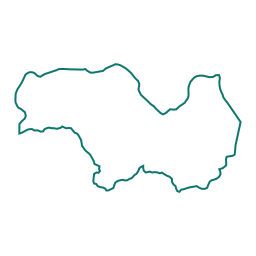 Igarapava, São Paulo, Brazil
{"feature_id": "56859067B81849499213917", "entity_name": "Igarapava", "entity_type": "district", "adm_level": 2, "iso_a3": "BRA", "parent_name": "Brazil", "parent_adm1": "São Paulo", "projection": "robinson", "projection_center": [-47.694, -20.068], "detail": "fine", "context": "isolated", "style": "outline", "palette": "teal", "viewbox_px": 256, "rotation_deg": 0, "n_neighbors": 0, "source": "geoboundaries", "source_scale": "gbopen_adm2", "svg_char_len": 2511}
<svg xmlns="http://www.w3.org/2000/svg" viewBox="0 0 256 256"><path d="M85.3,69.0L83.0,69.6L69.4,69.3L64.1,69.0L61.7,69.0L58.7,69.1L56.5,70.2L44.7,74.1L40.2,76.8L37.6,76.0L34.6,73.2L32.8,72.4L30.3,72.1L27.8,72.9L25.5,74.6L22.2,81.8L19.2,86.7L17.7,88.8L16.0,92.7L15.6,94.8L15.4,99.9L15.6,102.6L17.2,106.0L18.3,107.7L20.8,108.9L24.9,112.2L25.8,115.8L24.9,118.4L21.9,121.1L19.4,124.1L19.4,128.6L19.3,133.5L21.7,132.8L24.0,131.6L27.2,129.8L29.0,129.3L31.8,129.0L34.4,130.5L37.7,130.3L40.5,131.6L43.2,131.4L44.4,129.3L46.4,128.3L49.0,127.6L51.5,128.2L53.8,128.2L57.0,128.8L60.5,127.9L62.2,126.5L64.3,127.5L66.5,128.3L68.7,127.9L71.0,128.2L72.5,130.1L74.8,132.8L77.3,133.7L78.8,135.9L80.1,138.2L81.1,140.2L81.6,142.9L82.1,146.0L83.6,148.0L85.1,150.2L87.1,152.0L88.9,153.4L90.3,154.9L91.7,157.4L93.0,159.7L93.9,161.5L94.5,164.0L97.3,165.3L99.5,166.3L99.0,169.0L100.0,170.9L98.5,172.8L96.6,172.5L94.1,173.9L93.3,181.1L94.1,183.5L96.2,184.0L97.7,186.1L99.9,187.0L103.2,187.6L105.3,188.7L106.4,190.5L108.5,190.4L111.3,189.0L113.4,188.0L114.1,185.5L115.3,182.7L117.6,181.0L120.8,180.1L123.3,179.8L125.0,180.5L127.4,180.2L129.4,178.9L131.7,178.2L133.0,176.7L134.7,174.9L136.5,173.8L138.3,171.0L139.2,168.5L140.7,167.1L143.2,165.9L143.2,168.2L143.8,170.7L145.7,172.5L149.8,171.6L152.1,172.5L154.7,172.1L157.6,172.5L160.0,173.3L161.8,172.6L164.5,174.3L166.9,175.7L169.5,176.7L171.9,178.8L172.1,182.2L173.7,184.6L175.5,186.1L176.1,188.5L177.3,191.1L179.4,191.8L181.3,189.6L183.6,189.3L186.4,188.3L189.5,187.4L193.1,186.8L196.7,186.1L199.0,187.6L201.7,188.8L205.0,188.8L207.2,187.8L208.2,185.0L209.7,181.7L211.7,180.2L213.6,179.8L216.4,178.8L219.2,176.7L220.5,174.3L220.3,171.6L219.3,169.2L222.5,168.3L224.5,166.8L226.2,165.3L226.2,162.5L226.0,159.7L226.6,156.8L228.5,156.4L232.3,155.9L234.6,154.7L235.1,150.8L235.5,145.5L240.6,122.0L227.8,103.3L225.7,100.7L224.3,98.7L223.2,97.0L222.7,94.8L221.1,91.6L220.1,88.6L219.6,86.1L219.3,82.8L219.5,80.6L219.9,77.9L219.0,75.1L215.9,75.2L213.1,76.9L209.6,77.2L203.2,75.7L199.7,75.6L196.8,76.2L194.7,77.2L192.8,79.0L190.4,82.0L189.4,84.6L188.5,87.4L188.4,89.7L188.6,94.9L188.0,97.9L184.7,102.8L181.8,104.8L179.4,106.4L176.2,109.4L173.7,109.6L170.0,109.3L165.7,113.2L162.9,114.3L160.5,113.0L155.6,108.4L154.0,106.4L150.8,104.2L148.0,101.4L141.0,94.9L139.1,91.2L138.5,89.0L139.1,86.4L139.3,83.9L138.1,81.0L135.2,78.2L130.8,72.7L126.1,68.6L120.9,65.5L118.3,64.6L115.6,64.2L106.1,68.3L103.0,70.9L92.7,72.7L90.2,72.6L86.7,70.4L85.3,69.0Z" fill="none" stroke="#0f766e" stroke-width="2"/></svg>